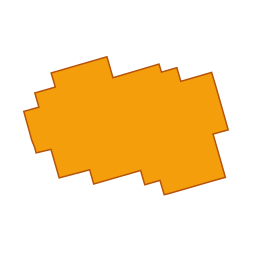 the district of Crook, Oregon, United States of America, rotated 344°
{"feature_id": "52423323B85535624686222", "entity_name": "Crook", "entity_type": "district", "adm_level": 2, "iso_a3": "USA", "parent_name": "United States of America", "parent_adm1": "Oregon", "projection": "equal_earth", "projection_center": [-120.413, 44.131], "detail": "fine", "context": "isolated", "style": "filled", "palette": "amber", "viewbox_px": 256, "rotation_deg": 344, "n_neighbors": 0, "source": "geoboundaries", "source_scale": "gbopen_adm2", "svg_char_len": 517}
<svg xmlns="http://www.w3.org/2000/svg" viewBox="0 0 256 256"><g transform="rotate(344 128 128)"><path d="M223.7,97.6L191.6,97.7L191.6,83.5L175.6,83.5L175.4,75.1L127.4,75.5L127.4,53.7L69.3,53.9L69.4,68.6L48.1,68.6L48.1,83.4L32.4,83.3L32.2,105.3L32.1,112.8L32.9,120.9L32.8,126.6L48.1,127.3L48.1,157.0L79.6,157.6L79.6,172.4L128.4,172.3L128.5,187.2L144.3,187.2L144.4,202.1L149.7,202.3L192.1,202.2L208.0,202.3L208.1,157.3L223.8,157.4L223.9,112.5L223.7,97.6Z" fill="#f59e0b" stroke="#b45309" stroke-width="1.5"/></g></svg>